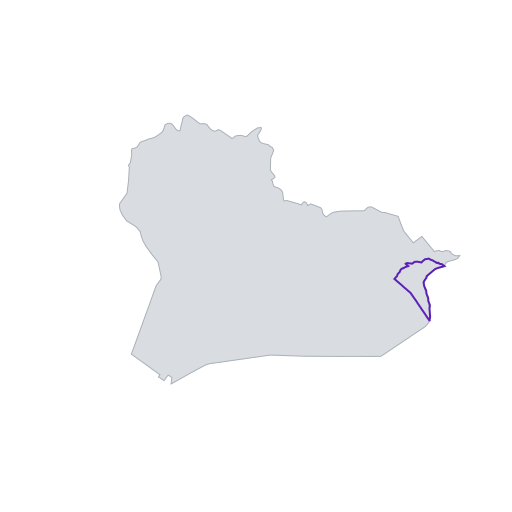 Al-Zubair, Al-Basrah, Iraq (highlighted), rotated 321°
{"feature_id": "34846034B69957241231378", "entity_name": "Al-Zubair", "entity_type": "district", "adm_level": 2, "iso_a3": "IRQ", "parent_name": "Iraq", "parent_adm1": "Al-Basrah", "projection": "mercator", "projection_center": [47.115, 29.902], "detail": "fine", "context": "in_parent", "style": "outline", "palette": "violet", "viewbox_px": 512, "rotation_deg": 321, "n_neighbors": 0, "source": "geoboundaries", "source_scale": "gbopen_adm2", "svg_char_len": 6738}
<svg xmlns="http://www.w3.org/2000/svg" viewBox="0 0 512 512"><g transform="rotate(321 256 256)"><path d="M213.8,105.3L216.9,104.5L222.7,99.6L226.2,95.0L227.3,94.6L230.3,96.1L232.5,96.5L237.6,94.7L240.6,95.7L243.1,96.8L244.5,96.9L251.3,99.8L253.0,100.1L256.5,100.5L261.7,100.6L265.1,98.7L267.5,96.9L269.1,97.0L270.8,97.4L272.1,98.2L273.3,99.5L273.8,101.5L273.6,107.6L274.1,109.2L275.0,110.4L276.2,110.6L277.6,109.3L280.1,107.3L283.1,105.2L285.4,103.3L286.7,102.5L288.8,102.6L290.8,103.0L291.9,103.9L291.9,104.2L293.0,107.1L295.6,117.9L297.2,119.2L298.9,120.4L300.1,121.9L300.6,123.5L300.4,126.0L300.5,128.9L301.2,131.1L302.2,132.8L303.1,133.6L304.5,133.7L306.2,134.1L307.3,135.8L310.9,147.9L311.2,149.5L312.7,150.0L315.2,149.7L317.7,151.0L320.4,153.0L323.0,156.6L324.7,157.2L330.1,156.7L337.4,157.3L340.8,159.2L340.5,160.3L337.8,161.7L333.2,163.2L331.8,165.8L331.0,169.1L331.2,171.0L332.3,173.1L335.6,177.2L335.8,178.7L336.4,180.7L337.0,182.2L336.3,184.9L333.3,186.8L329.4,188.8L321.5,197.9L320.9,199.9L321.0,205.3L320.2,206.8L317.7,206.8L315.8,206.5L315.7,208.4L314.4,210.9L313.7,213.1L316.6,218.2L317.1,220.9L316.7,223.4L314.0,227.6L312.4,230.5L312.8,231.1L314.9,232.3L321.4,241.6L323.5,244.9L326.2,244.0L327.2,244.1L328.0,244.6L328.5,245.7L328.5,247.1L327.8,249.2L331.3,250.0L332.6,252.1L336.7,259.4L336.5,261.5L334.6,264.9L334.6,267.2L335.0,269.2L335.6,269.9L341.6,270.2L344.2,271.0L350.5,274.7L357.6,280.3L363.4,284.9L368.4,288.9L373.7,288.6L375.1,289.3L376.5,290.5L378.0,293.7L381.0,301.0L383.6,303.4L387.6,309.2L391.4,314.6L388.9,322.0L386.5,329.6L386.5,339.5L386.5,344.7L391.6,345.0L397.2,345.2L397.3,351.5L397.3,357.8L397.4,365.0L399.0,365.3L401.7,366.9L402.8,369.2L404.2,370.4L405.9,370.7L407.6,371.8L409.3,373.9L409.9,375.4L409.5,376.5L409.8,378.4L411.0,381.1L412.4,382.4L414.6,383.9L411.6,384.8L408.4,384.1L401.5,381.0L399.2,380.9L396.3,382.1L396.2,383.2L388.9,379.6L386.3,378.9L385.3,378.9L381.1,378.9L375.2,379.5L371.7,381.0L369.2,382.5L368.1,384.0L367.7,384.8L365.8,389.1L363.6,394.8L361.4,399.8L356.9,406.9L354.5,410.2L349.2,416.2L343.5,417.4L330.3,416.2L315.7,414.9L301.1,413.6L290.3,412.6L289.5,412.3L278.7,403.6L270.3,396.7L259.7,388.2L248.9,379.4L237.9,370.4L230.0,363.9L220.3,355.5L211.5,347.8L204.5,341.8L195.6,336.5L188.6,332.3L178.5,326.3L170.4,321.4L163.4,317.3L152.7,310.8L149.2,309.1L138.1,307.0L127.6,305.1L116.7,303.3L109.5,302.0L114.2,297.4L112.8,293.3L109.3,294.1L106.1,295.0L104.1,288.6L106.6,287.8L104.3,279.5L102.0,270.8L99.7,262.4L97.4,253.8L106.6,248.3L113.4,244.2L123.1,238.4L132.3,232.8L141.2,227.5L150.9,221.6L159.6,216.3L167.5,214.2L169.2,212.5L172.9,205.3L176.0,199.1L176.1,197.7L176.1,188.9L176.7,178.5L177.7,173.0L179.5,168.1L181.2,164.5L181.3,161.1L181.1,157.7L179.4,152.5L177.6,147.1L177.8,141.9L178.2,139.1L179.3,134.7L181.2,131.4L183.2,129.4L190.8,127.3L195.3,126.0L201.3,120.2L204.8,116.8L209.8,111.3L213.5,107.2L213.8,105.8L213.8,105.3Z" fill="#d9dde1" stroke="#a8b0b8" stroke-width="1"/><path d="M390.0,369.8L389.7,369.3L389.5,368.9L389.3,368.6L389.2,368.2L388.9,367.7L388.8,367.3L388.6,366.7L388.2,366.5L387.8,366.3L387.4,366.1L387.0,365.9L386.7,365.7L386.3,365.5L386.0,365.3L385.7,365.1L385.4,364.9L384.9,364.9L384.5,364.9L384.0,364.9L383.6,364.9L383.0,364.9L382.8,364.9L382.5,364.9L382.1,364.9L381.8,365.0L381.5,365.0L381.4,365.0L381.2,365.0L380.9,365.1L380.6,365.1L380.4,365.1L380.2,364.8L380.0,364.5L379.8,364.3L379.5,364.0L379.3,363.7L379.1,363.4L378.8,363.1L378.6,362.9L378.3,362.6L378.0,362.2L377.8,361.9L377.6,361.7L377.3,361.6L377.1,361.4L376.7,361.1L376.4,360.9L376.1,360.8L375.9,360.6L375.6,360.5L375.4,360.4L375.1,360.4L374.9,360.3L374.4,360.3L374.0,360.3L373.6,360.2L373.2,360.3L372.9,360.2L372.5,360.2L372.2,359.8L371.9,359.6L371.6,359.2L371.3,359.0L371.0,358.6L370.6,358.3L370.2,357.9L370.0,357.6L369.8,357.3L369.5,357.0L369.2,356.8L369.1,356.7L368.9,356.5L368.5,356.4L368.1,356.3L367.8,356.2L367.5,356.2L367.4,356.2L367.4,356.5L367.5,356.9L367.5,357.3L367.6,357.6L367.7,358.3L367.9,359.1L367.9,359.4L368.0,359.7L367.9,359.7L367.6,359.6L367.3,359.4L366.4,359.1L365.7,358.8L365.1,358.6L364.8,358.5L364.6,358.5L364.2,358.4L363.8,358.4L363.5,358.4L363.4,358.4L363.2,358.3L363.1,358.2L362.9,358.2L362.7,358.0L362.4,357.9L362.2,357.9L361.6,357.8L361.3,357.7L361.1,357.6L360.9,357.6L360.7,357.6L360.3,357.6L360.0,357.7L359.6,357.8L359.3,358.0L359.0,358.0L358.9,358.1L358.4,358.4L358.2,358.5L357.7,358.7L357.3,359.0L357.2,359.0L356.9,359.0L356.6,359.0L356.4,359.0L356.2,359.0L355.7,359.1L355.3,359.1L355.1,359.1L354.9,359.2L354.7,359.3L354.2,359.5L353.9,359.7L353.6,359.9L353.3,360.1L352.9,360.4L352.6,360.5L352.2,360.5L351.7,360.5L351.3,360.5L351.1,360.6L350.9,360.6L350.5,360.7L350.2,360.8L349.5,360.9L349.3,361.0L349.2,361.0L349.3,361.4L349.4,362.1L349.5,362.9L349.6,363.7L349.8,364.6L350.0,365.6L350.1,366.2L350.3,367.1L350.4,367.9L350.6,368.6L350.6,368.8L350.7,369.3L350.9,370.5L351.2,372.6L351.4,373.9L351.4,374.0L351.6,374.9L351.8,375.9L352.0,377.0L352.2,378.1L352.5,379.9L352.7,380.9L352.9,381.9L352.9,382.2L352.8,382.7L352.6,386.0L352.5,386.9L352.4,388.4L352.3,390.2L352.2,392.0L352.1,392.6L351.9,394.5L351.7,396.7L351.5,399.5L351.3,401.1L351.2,402.2L351.1,404.1L350.9,406.6L350.8,408.0L350.6,409.3L350.6,409.8L350.5,410.9L350.4,411.4L350.4,411.9L350.3,414.0L350.2,414.6L350.2,415.1L350.1,415.6L350.0,415.9L350.4,415.4L350.9,414.8L351.1,414.6L351.5,414.2L351.8,414.0L352.3,413.5L352.7,413.2L353.0,412.9L353.1,412.7L353.3,412.5L354.1,411.3L354.3,411.0L354.7,410.4L355.5,409.3L356.2,408.3L356.9,407.3L357.4,406.6L357.8,406.0L358.0,405.8L358.3,405.5L358.6,405.1L358.8,405.0L359.1,404.8L359.4,404.6L359.6,404.3L360.1,403.7L360.4,403.1L360.7,402.1L361.0,401.3L361.3,400.3L361.4,399.9L361.4,399.7L361.9,399.0L362.4,398.3L363.2,397.2L363.5,396.7L363.8,395.6L364.1,394.8L364.4,393.6L364.7,392.9L365.1,392.1L366.1,390.5L366.5,389.9L366.7,389.2L366.8,388.7L367.0,388.1L367.1,387.6L367.3,386.8L367.5,386.3L367.6,385.8L367.8,385.3L368.1,384.7L368.3,384.3L368.8,383.5L369.0,383.1L369.1,382.8L369.3,382.4L369.5,382.3L370.0,381.8L370.2,381.6L370.6,381.4L371.0,381.3L371.5,381.1L371.9,381.0L372.4,380.8L372.8,380.7L373.5,380.5L374.0,380.4L374.5,380.3L374.7,380.1L375.0,379.9L375.3,379.8L375.5,379.6L375.6,379.4L375.9,379.1L376.2,379.0L377.2,379.1L378.1,379.0L380.5,379.0L383.7,378.9L385.6,378.9L387.1,378.9L387.5,379.0L388.4,379.3L389.9,379.8L391.2,380.3L394.3,381.7L395.5,382.1L396.0,382.3L395.9,382.0L395.8,381.5L395.6,381.1L395.6,380.7L395.5,379.8L395.3,379.3L394.8,378.7L394.4,378.4L394.1,378.1L393.8,377.5L393.6,376.6L393.5,376.2L393.4,376.0L392.9,376.1L392.7,375.7L392.4,375.1L392.3,374.9L392.0,374.9L391.9,374.6L391.6,373.4L391.0,372.1L390.8,371.4L390.7,371.2L390.6,370.8L390.6,370.7L390.4,370.4L390.2,370.1L390.0,369.8Z" fill="none" stroke="#5b21b6" stroke-width="2"/></g></svg>